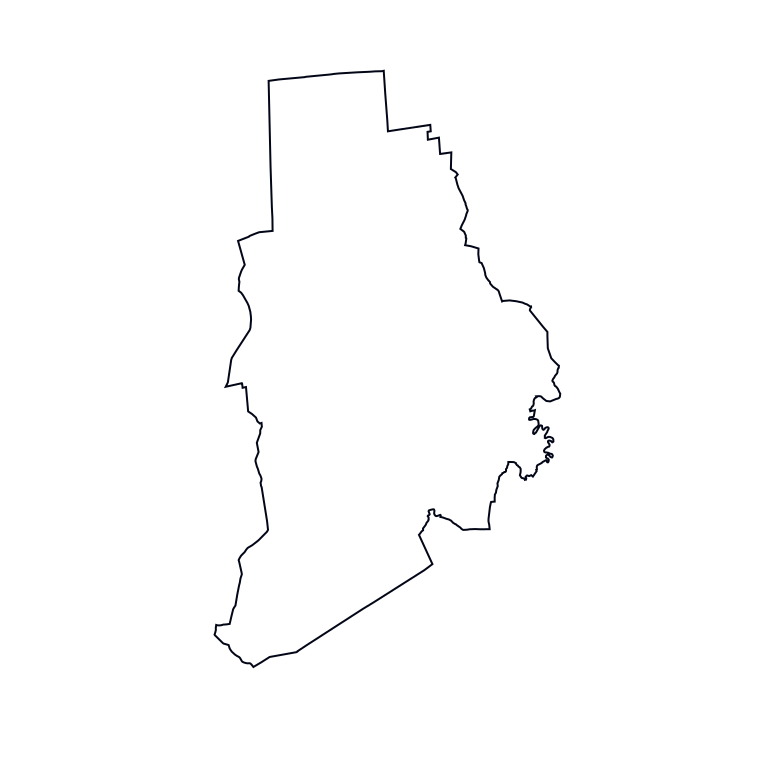 Livada, Satu Mare, Romania, rotated 103°
{"feature_id": "2599482B37449701162045", "entity_name": "Livada", "entity_type": "district", "adm_level": 2, "iso_a3": "ROU", "parent_name": "Romania", "parent_adm1": "Satu Mare", "projection": "equal_earth", "projection_center": [23.137, 47.873], "detail": "fine", "context": "isolated", "style": "outline", "palette": "ink", "viewbox_px": 768, "rotation_deg": 103, "n_neighbors": 0, "source": "geoboundaries", "source_scale": "gbopen_adm2", "svg_char_len": 6130}
<svg xmlns="http://www.w3.org/2000/svg" viewBox="0 0 768 768"><g transform="rotate(103 384 384)"><path d="M78.9,454.7L79.5,455.9L80.1,457.9L81.2,462.4L83.1,468.6L86.3,480.1L91.6,498.0L93.4,503.3L93.8,504.1L94.9,507.2L102.1,528.8L102.6,530.0L102.8,530.2L110.8,554.6L114.6,564.6L197.5,543.5L236.7,533.1L247.6,530.0L259.9,527.0L264.2,539.8L266.9,543.9L270.1,548.4L270.8,548.7L277.4,558.4L299.2,546.5L304.1,548.0L306.5,548.5L313.3,549.2L314.6,549.0L316.9,547.9L321.9,547.3L325.9,546.6L327.2,543.7L329.3,541.3L335.8,535.3L338.3,533.4L343.7,530.5L347.8,529.0L351.2,528.0L356.6,527.2L359.2,526.8L361.7,527.0L384.5,535.3L392.7,538.1L394.8,538.3L417.6,536.5L422.3,537.6L415.3,522.9L415.8,522.7L415.7,522.3L419.5,520.9L418.0,517.8L441.3,510.2L442.9,505.9L445.5,501.2L448.9,498.9L450.4,496.1L449.5,494.6L453.1,493.4L456.8,494.2L460.0,493.5L469.9,494.7L478.5,490.9L486.1,492.1L488.1,491.9L493.0,489.3L494.9,487.9L499.3,485.4L500.9,483.9L503.5,482.2L504.6,481.9L505.6,481.8L506.8,481.8L507.7,482.1L510.9,480.9L512.1,480.0L543.9,467.1L552.2,464.2L554.3,464.8L564.8,471.3L570.8,476.2L574.1,479.7L575.0,480.3L576.7,481.1L579.2,482.0L582.2,483.9L583.6,484.7L586.3,485.6L588.3,486.0L590.1,485.0L600.3,480.1L601.5,479.7L605.8,480.1L610.2,479.8L612.7,479.9L622.3,479.6L633.3,478.9L635.6,479.8L637.4,480.3L644.5,480.4L652.5,480.4L653.9,484.1L654.6,486.5L655.6,488.2L656.0,489.3L656.4,490.7L656.6,492.1L656.5,493.3L659.7,493.0L661.3,492.5L663.6,492.5L666.4,492.7L666.8,492.3L672.7,482.7L673.0,482.0L673.3,476.7L676.5,474.8L678.1,473.2L679.1,472.0L681.2,468.3L682.1,465.9L682.7,463.6L683.4,462.6L686.3,459.9L686.6,459.1L686.9,457.5L687.0,455.5L686.8,453.9L686.3,452.1L686.4,451.4L686.9,450.4L688.8,447.9L689.1,447.6L682.9,441.1L675.7,434.0L664.9,408.8L663.8,407.9L663.7,408.0L656.2,400.9L607.9,354.0L599.8,345.7L556.3,302.8L548.6,296.3L523.1,316.0L522.0,315.4L519.2,314.2L517.7,313.0L516.0,313.5L512.0,311.7L509.7,311.3L507.2,310.1L506.4,310.2L506.1,310.0L504.1,310.5L502.9,311.7L502.4,311.6L501.3,310.4L500.6,310.2L498.1,311.9L497.4,311.9L497.1,311.8L496.2,310.4L495.5,309.0L495.0,307.9L495.0,307.1L495.9,306.4L499.0,306.0L500.1,305.2L500.8,304.2L501.0,303.5L500.5,302.2L498.9,299.8L499.2,299.2L500.9,299.1L500.8,297.7L500.9,296.0L501.3,292.9L501.4,290.3L502.1,287.8L503.6,285.6L504.4,283.5L504.5,282.5L505.2,281.2L506.7,277.4L507.8,275.8L508.3,274.4L508.3,273.8L507.2,270.0L506.3,268.0L504.8,262.4L503.8,257.1L501.7,248.4L497.8,249.7L494.3,251.3L492.0,251.8L480.0,253.1L475.9,253.2L474.8,253.1L473.7,249.7L469.9,250.6L466.7,251.1L464.8,250.5L461.7,250.7L457.9,250.2L455.3,251.1L451.7,250.6L448.5,250.8L447.1,250.1L445.4,248.8L444.2,248.6L443.7,247.6L442.7,247.0L442.4,246.0L442.0,245.7L441.2,245.5L439.5,246.0L438.4,245.4L437.6,245.3L436.3,245.4L434.3,244.9L432.0,245.3L430.9,240.1L431.0,239.2L431.3,238.5L431.5,237.5L432.2,237.3L433.1,236.3L433.4,235.2L434.2,234.4L434.6,233.1L434.9,232.7L436.1,231.7L438.4,231.2L440.0,231.0L441.9,231.1L442.4,231.0L444.2,229.2L444.5,228.7L444.6,226.4L444.8,225.9L445.7,225.2L445.4,224.8L445.2,224.8L445.3,224.2L445.0,224.1L443.8,224.2L442.9,225.1L442.5,225.1L441.0,224.1L440.9,223.6L441.1,222.3L441.0,221.7L439.7,220.1L440.7,218.1L434.6,215.7L433.4,216.4L432.9,215.8L430.5,216.5L429.4,216.5L428.6,216.2L425.5,212.6L424.3,211.9L421.8,209.0L422.0,208.3L423.3,207.6L423.5,207.3L423.5,206.7L423.3,206.5L422.7,206.3L421.0,206.3L420.6,206.6L419.8,207.6L419.7,208.5L419.1,209.7L417.6,210.0L417.0,209.7L416.0,208.9L415.7,208.3L416.1,207.8L416.2,207.3L417.5,205.6L417.8,204.8L417.8,203.8L417.0,203.4L415.8,203.4L414.8,204.2L414.5,204.7L414.4,205.9L414.6,206.6L414.4,207.5L414.1,208.0L414.1,210.3L414.4,211.3L414.2,212.2L414.0,212.6L413.0,213.1L411.5,212.8L409.3,211.3L409.1,210.8L408.4,210.2L407.8,209.0L407.1,208.8L405.9,209.0L403.8,211.1L403.0,211.3L402.6,211.2L402.3,211.0L401.9,210.0L402.0,208.5L402.9,207.2L402.9,206.7L402.0,206.0L399.8,206.6L398.8,207.6L398.6,208.1L398.3,209.8L398.3,211.0L398.7,212.2L400.2,214.0L400.5,214.6L400.3,215.2L400.1,215.2L399.9,214.8L399.3,215.4L398.1,215.7L394.1,214.2L392.7,214.1L391.2,213.6L390.1,213.6L389.6,213.9L389.4,214.2L389.3,214.9L389.8,216.1L390.6,217.0L391.8,217.5L392.7,218.2L392.6,218.9L392.0,219.6L389.2,220.7L389.0,221.8L389.1,222.1L390.0,222.9L397.1,225.0L397.4,225.2L397.5,225.5L398.9,226.3L398.9,227.1L398.3,227.7L396.4,227.9L395.1,227.8L393.3,226.8L390.4,224.6L389.3,224.2L388.2,224.3L384.9,225.6L384.4,226.4L384.1,227.5L384.1,229.0L384.6,230.8L385.4,232.0L386.1,233.6L386.2,234.4L385.7,234.8L384.3,234.8L383.6,234.3L382.5,231.2L382.1,230.9L381.2,230.8L375.6,231.1L376.2,232.0L376.4,233.0L377.7,235.3L375.9,236.3L375.1,235.3L372.7,234.7L372.2,234.1L371.3,233.7L369.3,233.7L367.5,234.3L365.4,234.3L363.8,233.8L362.6,232.4L361.8,233.0L361.0,230.4L360.8,229.1L360.9,228.0L362.3,225.7L364.0,222.0L363.6,218.2L359.8,212.8L359.2,211.5L358.4,210.5L357.5,209.9L356.5,209.8L353.8,210.1L352.6,211.2L349.5,213.6L347.8,215.7L347.5,216.8L346.8,217.6L344.6,218.7L344.2,219.1L343.7,220.1L343.3,220.5L342.8,220.7L340.8,220.3L339.4,219.6L337.6,219.2L335.0,217.9L333.8,217.6L331.4,218.0L329.5,217.8L329.3,217.5L328.8,217.4L326.8,217.7L326.5,218.6L324.2,222.4L321.3,226.8L312.4,232.4L300.4,235.6L296.5,236.5L292.4,242.0L279.6,258.3L279.3,258.5L278.5,258.6L277.4,258.4L276.0,257.9L275.4,258.2L275.6,258.5L275.6,258.8L274.3,262.4L274.0,265.1L273.5,267.3L273.6,273.8L274.3,280.4L276.3,286.7L277.0,287.5L270.2,291.7L268.3,292.8L267.3,293.6L266.9,294.2L264.7,299.8L262.3,303.1L260.7,303.8L259.3,305.9L257.2,308.3L254.8,309.9L253.4,310.3L248.7,312.7L244.2,316.1L243.9,318.4L242.1,319.2L236.3,321.3L230.7,322.4L230.2,330.3L230.5,336.2L228.6,336.1L223.8,336.5L223.4,336.7L223.2,337.2L220.9,337.7L219.4,338.9L217.9,339.9L217.3,340.9L215.7,344.5L211.9,343.9L205.9,342.4L201.1,341.9L200.1,342.0L196.5,341.4L195.4,341.7L194.7,342.5L192.0,344.0L191.2,344.6L190.0,345.2L189.5,345.2L186.9,347.3L183.0,349.7L176.5,355.3L173.1,357.4L167.1,360.5L166.8,361.0L163.3,359.3L161.4,361.6L159.5,367.2L143.2,370.5L147.2,381.1L131.6,385.9L136.1,396.2L128.5,398.3L127.3,395.3L121.1,397.2L132.5,426.0L136.9,437.0L126.7,440.0L100.5,448.2L79.3,454.6L78.9,454.7Z" fill="none" stroke="#020617" stroke-width="2"/></g></svg>